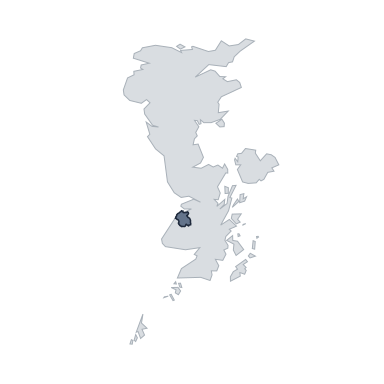 United Kingdom, with Angus highlighted, rotated 188°
{"feature_id": "GBR-2019", "entity_name": "Angus", "entity_type": "Unitary District", "adm_level": 1, "iso_a3": "GBR", "parent_name": "United Kingdom", "parent_adm1": "", "projection": "mercator", "projection_center": [-2.915, 56.726], "detail": "fine", "context": "in_parent", "style": "filled", "palette": "slate", "viewbox_px": 384, "rotation_deg": 188, "n_neighbors": 0, "source": "natural_earth", "source_scale": "10m", "svg_char_len": 4989}
<svg xmlns="http://www.w3.org/2000/svg" viewBox="0 0 384 384"><g transform="rotate(188 192 192)"><path d="M204.8,306.2L190.5,315.6L186.0,314.9L180.5,310.2L174.8,310.8L177.2,308.4L172.3,306.2L163.7,309.3L160.0,307.1L157.7,302.4L176.2,290.4L179.0,284.5L177.4,282.7L177.0,274.2L167.4,277.2L174.2,267.9L182.6,263.4L189.9,262.3L193.7,264.7L192.6,260.9L194.3,260.0L196.7,263.4L199.5,263.3L194.3,257.6L196.6,251.5L194.6,248.3L197.0,245.0L197.5,238.9L192.6,240.3L185.5,227.9L187.6,221.9L194.7,216.7L186.2,216.8L179.4,221.6L174.5,219.7L170.1,222.3L165.1,219.8L163.6,224.3L159.8,219.4L159.2,215.7L161.2,215.6L167.5,200.7L163.9,194.9L165.0,188.0L169.0,187.8L164.7,184.4L165.4,181.2L158.5,189.2L158.4,184.0L162.1,179.0L155.7,185.4L155.7,192.8L152.8,203.9L149.3,204.7L153.7,191.8L151.7,191.5L153.2,178.5L159.0,163.2L151.2,170.0L143.2,164.4L149.9,160.3L147.8,158.8L152.3,152.7L152.7,148.7L148.9,144.2L148.7,141.4L152.4,139.0L149.7,135.2L152.0,128.6L159.5,128.6L155.2,122.7L156.5,117.3L161.9,116.6L160.6,112.7L161.8,106.9L171.5,108.7L194.5,104.8L191.8,114.7L178.9,126.1L178.1,129.5L181.1,130.5L176.5,138.0L190.4,133.9L210.7,134.2L214.2,137.0L215.6,141.2L203.6,166.9L190.2,175.1L197.2,174.1L201.1,176.4L200.8,178.4L189.3,185.1L182.2,183.1L194.5,187.4L202.0,185.1L209.5,188.8L217.7,198.6L224.7,223.9L234.1,229.6L243.8,240.6L241.8,243.3L247.1,254.9L240.7,251.4L234.2,251.7L240.3,252.6L249.7,262.6L251.1,267.5L246.0,274.5L249.9,277.2L254.5,272.8L266.4,274.0L272.8,278.7L274.2,283.5L271.7,296.0L265.7,300.0L266.4,303.4L257.7,306.5L260.2,307.6L260.0,310.7L252.3,313.6L268.7,316.3L268.5,321.1L262.6,324.7L261.2,327.9L248.6,332.2L232.2,332.1L221.7,328.6L223.0,330.6L211.4,333.2L212.6,335.7L211.4,336.4L195.3,333.4L188.6,335.6L184.0,345.8L175.5,341.8L166.6,344.5L160.1,351.1L151.2,350.1L163.9,338.2L169.0,331.8L170.0,326.5L173.8,325.2L175.6,320.9L193.1,320.5L204.8,306.2ZM145.1,242.5L134.7,242.3L134.7,239.3L128.7,232.4L123.4,240.2L118.7,239.9L114.6,237.8L109.8,231.0L116.3,227.0L113.7,224.0L119.7,222.0L122.6,214.5L125.2,212.6L127.2,213.9L129.7,210.0L137.6,208.3L143.3,209.0L150.2,220.6L147.5,225.7L152.4,225.0L154.3,229.7L154.0,231.4L150.9,228.3L151.2,233.1L152.8,233.4L152.0,236.2L148.3,237.2L145.1,242.5ZM142.2,113.4L140.0,118.9L136.2,121.9L138.4,124.2L129.5,132.7L127.4,130.7L131.2,127.3L127.9,124.8L129.1,123.3L127.4,121.9L128.4,117.9L133.4,118.9L132.5,115.4L141.5,109.0L142.2,113.4ZM143.0,140.3L143.2,146.2L151.0,148.9L145.7,154.5L144.9,149.7L140.1,149.6L132.8,142.2L139.5,135.3L143.0,140.3ZM222.5,39.8L226.0,46.3L227.7,45.4L223.6,64.3L223.8,55.2L217.6,50.8L222.4,49.1L219.1,43.7L222.5,39.8ZM149.1,175.7L140.2,177.2L143.1,171.3L140.1,168.9L143.7,166.6L149.4,171.3L149.1,175.7ZM173.5,260.3L177.9,263.4L172.5,268.2L169.5,264.7L169.3,261.2L173.5,260.3ZM143.3,188.0L144.0,196.1L140.4,197.6L140.4,192.4L137.3,194.9L138.6,190.3L143.3,188.0ZM194.5,89.8L194.2,92.9L199.3,94.5L192.6,95.6L189.5,92.4L191.2,88.4L194.5,89.8ZM160.3,202.2L156.6,201.3L155.9,195.8L159.0,195.1L160.3,202.2ZM227.5,334.1L224.4,336.7L219.2,334.7L223.4,331.9L227.5,334.1ZM146.0,191.4L144.3,189.1L150.0,182.4L148.8,185.8L146.0,191.4ZM125.4,134.8L127.3,136.5L125.8,139.4L120.3,137.3L125.4,134.8ZM124.7,152.3L122.5,151.8L122.0,144.1L124.4,144.4L124.7,152.3ZM227.9,43.0L225.8,40.0L227.0,36.1L228.7,37.2L227.9,43.0ZM199.8,87.0L198.4,87.8L194.5,82.5L195.7,81.8L199.8,87.0ZM192.6,99.7L190.7,100.1L188.8,96.0L190.8,96.1L192.6,99.7ZM232.3,32.9L231.5,37.3L229.9,36.8L230.0,33.0L232.3,32.9ZM204.8,84.3L201.0,85.6L205.2,83.4L204.8,84.3ZM140.8,156.9L139.7,157.2L138.3,155.3L140.1,154.3L140.8,156.9ZM197.1,98.6L195.7,100.9L194.7,98.7L197.1,98.6ZM136.6,167.2L134.3,168.2L137.4,166.0L136.6,167.2ZM121.9,156.9L120.4,157.3L119.8,156.7L121.3,155.2L121.9,156.9Z" fill="#d9dde1" stroke="#a8b0b8" stroke-width="1"/><path d="M204.7,163.7L204.6,163.9L204.5,165.2L204.3,165.6L204.0,165.9L203.9,166.3L203.9,166.6L204.0,167.0L203.9,167.4L203.6,167.7L203.4,168.2L203.2,168.5L201.6,169.7L201.3,170.3L201.0,170.5L200.3,170.9L200.2,171.1L199.9,171.9L199.7,172.0L199.6,171.9L199.2,171.7L198.3,171.8L198.3,171.7L198.1,171.2L198.1,170.8L197.9,170.5L197.3,170.4L196.5,170.5L195.9,170.7L194.8,170.8L194.3,171.0L194.1,171.4L194.0,171.7L193.9,171.7L193.5,171.6L192.9,171.3L192.5,170.5L192.5,170.0L193.0,168.9L193.5,168.2L193.9,168.0L193.9,167.7L193.6,167.5L193.2,167.5L192.9,167.1L192.9,166.8L192.7,166.5L192.3,166.2L192.0,166.1L191.5,166.0L191.0,165.8L190.7,165.6L190.3,165.0L189.8,164.2L189.6,163.8L189.4,163.1L189.4,162.6L189.4,162.0L189.2,161.3L189.0,161.1L188.8,160.3L188.8,159.4L189.2,159.4L189.6,159.0L190.5,158.8L190.6,158.7L190.6,158.0L190.8,157.9L192.0,158.6L192.7,158.7L193.3,159.2L193.5,158.9L193.9,157.5L194.0,157.2L194.3,156.9L194.9,156.7L196.5,156.7L197.1,156.3L197.5,156.3L198.2,156.6L198.5,157.1L199.3,157.1L199.6,157.3L199.9,157.9L200.6,158.3L200.7,159.0L201.1,159.2L201.1,159.6L200.8,160.2L200.9,160.7L200.8,161.1L201.7,162.4L202.1,162.6L203.1,162.8L203.7,163.6L204.2,163.6L204.5,163.6L204.7,163.7Z" fill="#64748b" stroke="#1e293b" stroke-width="1.5"/></g></svg>